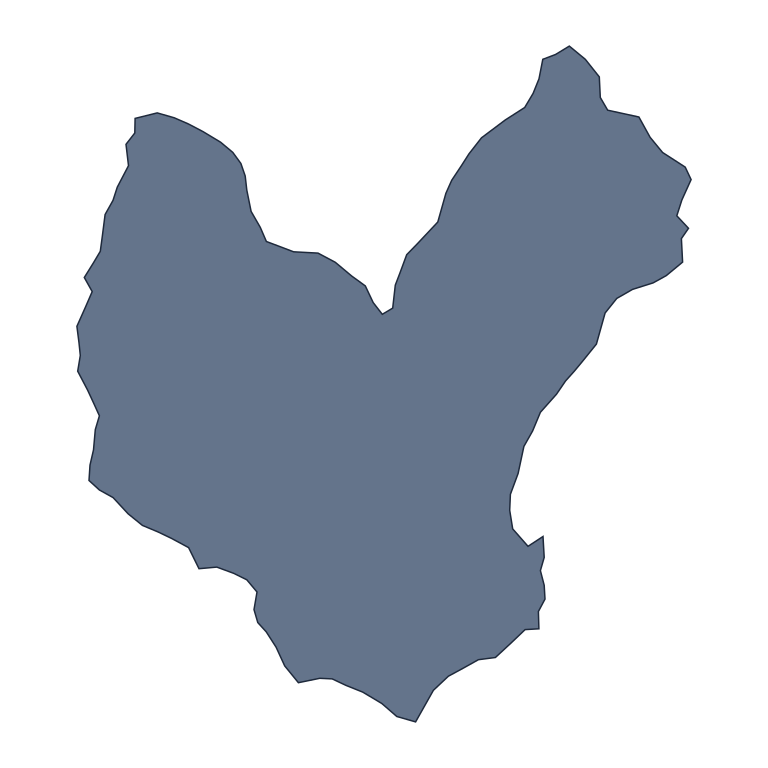 Paranapuã, São Paulo, Brazil (orthographic projection)
{"feature_id": "56859067B54514315232654", "entity_name": "Paranapuã", "entity_type": "district", "adm_level": 2, "iso_a3": "BRA", "parent_name": "Brazil", "parent_adm1": "São Paulo", "projection": "orthographic", "projection_center": [-50.592, -20.064], "detail": "fine", "context": "isolated", "style": "filled", "palette": "slate", "viewbox_px": 768, "rotation_deg": 0, "n_neighbors": 0, "source": "geoboundaries", "source_scale": "gbopen_adm2", "svg_char_len": 1704}
<svg xmlns="http://www.w3.org/2000/svg" viewBox="0 0 768 768"><path d="M682.6,262.1L681.4,238.6L688.5,228.3L676.8,215.8L681.9,199.9L691.1,179.6L685.2,167.1L662.6,152.5L650.1,137.3L638.9,117.0L607.7,110.2L600.3,97.5L599.3,76.9L585.3,59.3L569.3,46.1L555.5,54.5L542.8,59.3L539.0,78.8L533.1,93.4L524.7,107.5L505.2,120.0L481.5,137.8L469.0,153.8L461.4,165.7L451.7,180.3L445.9,193.3L437.8,222.0L417.7,243.4L406.7,254.7L399.9,273.1L395.3,285.1L392.7,308.1L382.3,314.3L373.2,302.6L365.3,285.9L351.8,276.1L335.3,262.3L318.0,253.1L293.6,251.8L266.4,241.5L260.3,227.4L251.1,211.4L246.8,190.1L245.2,176.0L240.9,163.5L232.8,152.4L220.6,142.2L203.0,131.6L188.5,124.0L174.3,117.8L157.2,112.9L135.1,118.4L134.8,133.0L126.0,144.3L128.5,165.7L117.3,187.1L113.0,200.4L105.1,214.5L102.3,236.4L100.3,251.3L93.4,262.9L84.3,277.5L92.2,291.6L85.6,306.8L76.9,326.3L79.0,342.8L80.3,355.5L77.7,371.2L87.6,390.1L94.0,403.9L99.4,415.8L95.3,429.6L93.5,449.9L90.0,465.1L89.0,480.5L99.4,490.0L113.1,497.6L128.1,513.8L142.4,525.4L157.9,531.9L171.1,538.2L188.6,547.6L199.0,568.7L216.8,567.1L233.6,573.3L246.8,579.8L257.0,592.0L254.0,609.6L257.8,622.6L266.2,631.8L276.1,647.2L284.7,665.9L298.4,682.7L319.8,678.3L332.2,678.9L346.0,685.4L362.7,692.1L381.8,703.5L396.8,716.5L415.6,721.9L433.4,690.3L448.4,676.2L463.9,667.8L478.4,659.7L495.4,657.5L511.7,642.4L525.1,629.6L538.9,628.8L538.4,611.5L545.0,599.1L544.2,585.3L540.4,570.6L544.2,557.4L543.0,536.5L528.0,546.3L512.7,528.9L509.7,510.3L510.4,494.3L518.1,473.5L523.9,446.4L532.6,431.0L540.4,412.3L556.5,394.2L565.6,380.9L574.3,371.2L582.2,361.7L596.4,344.1L605.1,313.0L616.8,298.4L632.5,289.4L653.1,282.9L666.3,275.6L682.6,262.1Z" fill="#64748b" stroke="#1e293b" stroke-width="1.5"/></svg>